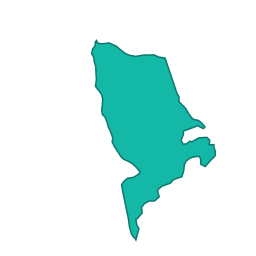 Ineia, Paphos, Cyprus, rotated 223°
{"feature_id": "46923920B71258573989723", "entity_name": "Ineia", "entity_type": "district", "adm_level": 2, "iso_a3": "CYP", "parent_name": "Cyprus", "parent_adm1": "Paphos", "projection": "albers", "projection_center": [32.342, 34.971], "detail": "fine", "context": "isolated", "style": "filled", "palette": "teal", "viewbox_px": 256, "rotation_deg": 223, "n_neighbors": 0, "source": "geoboundaries", "source_scale": "gbopen_adm2", "svg_char_len": 1655}
<svg xmlns="http://www.w3.org/2000/svg" viewBox="0 0 256 256"><g transform="rotate(223 128 128)"><path d="M46.0,51.6L51.4,61.9L55.3,63.0L60.0,66.6L59.4,68.1L59.7,75.5L64.0,79.2L64.5,83.8L62.7,89.1L58.8,92.7L58.2,99.0L63.3,101.9L64.0,104.4L63.4,108.9L61.1,113.2L59.4,116.7L59.5,121.1L57.8,124.7L55.3,129.1L58.2,134.9L61.5,139.2L62.9,143.1L62.1,148.4L59.6,152.5L56.6,155.8L55.3,155.5L53.1,154.4L50.2,151.1L45.3,152.4L45.5,160.8L45.3,167.1L48.0,170.4L52.2,172.6L53.8,174.4L57.3,171.1L59.8,174.8L63.2,174.9L64.0,174.9L69.5,169.1L71.9,161.5L73.9,160.3L74.3,156.3L76.7,153.8L80.7,155.2L83.1,161.2L85.4,163.6L81.9,170.3L79.7,174.8L78.5,177.4L75.5,178.0L72.4,179.0L72.5,181.4L77.8,181.9L81.6,181.6L84.6,179.8L86.6,178.8L89.7,179.1L94.0,180.0L97.4,181.1L100.1,181.7L105.1,181.9L108.0,182.0L110.2,183.4L111.9,185.6L115.7,186.7L148.6,204.4L154.1,200.7L159.0,199.2L161.8,196.1L165.8,192.6L168.3,189.4L171.2,185.6L176.5,182.2L181.0,180.6L186.7,180.1L192.3,179.8L194.7,179.1L199.9,177.3L202.0,174.7L204.0,172.4L205.8,170.8L208.1,169.5L210.7,170.5L210.5,168.2L209.7,168.2L208.1,165.1L207.6,161.4L205.1,157.4L203.0,157.0L200.4,155.8L199.1,154.4L197.8,153.3L194.7,151.7L192.6,150.1L186.7,144.2L184.4,142.2L180.1,136.2L173.8,135.3L170.1,134.4L166.2,131.9L161.7,126.4L160.2,124.0L158.6,122.5L155.8,120.4L152.1,120.3L146.1,117.3L143.4,115.4L139.8,114.1L135.8,112.2L132.4,110.3L130.1,107.0L125.1,105.1L113.4,102.2L109.7,102.2L105.6,103.7L100.6,104.9L95.0,104.9L88.6,104.0L89.1,99.9L90.4,95.6L94.1,90.9L94.6,86.3L94.1,82.3L89.0,78.3L80.3,72.1L65.4,61.6L60.2,57.2L55.5,54.2L52.8,52.7L49.5,52.0L47.0,52.0L46.0,51.6Z" fill="#14b8a6" stroke="#0f766e" stroke-width="1.5"/></g></svg>